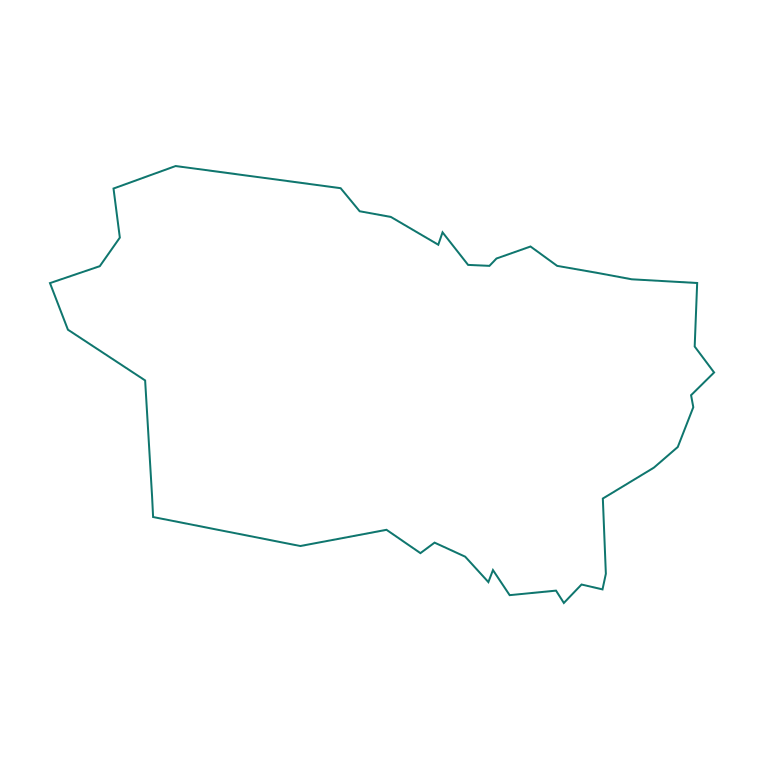 outline of Upshur, West Virginia, United States of America, rotated 88°
{"feature_id": "52423323B60686531636314", "entity_name": "Upshur", "entity_type": "district", "adm_level": 2, "iso_a3": "USA", "parent_name": "United States of America", "parent_adm1": "West Virginia", "projection": "natural_earth1", "projection_center": [-80.225, 38.899], "detail": "fine", "context": "isolated", "style": "outline", "palette": "teal", "viewbox_px": 768, "rotation_deg": 88, "n_neighbors": 0, "source": "geoboundaries", "source_scale": "gbopen_adm2", "svg_char_len": 687}
<svg xmlns="http://www.w3.org/2000/svg" viewBox="0 0 768 768"><g transform="rotate(88 384 384)"><path d="M318.7,698.0L372.1,622.6L488.3,619.7L508.9,619.4L543.0,473.3L529.8,386.6L554.3,353.5L544.3,339.0L559.4,308.9L585.6,286.6L573.8,281.6L599.4,265.8L596.5,219.3L609.1,211.9L591.3,193.6L596.9,172.8L581.4,168.9L506.1,169.3L477.0,117.2L457.2,92.6L418.0,75.7L405.9,77.5L384.0,53.7L357.4,72.2L294.0,67.5L288.0,132.8L280.7,165.6L272.0,206.8L251.7,232.8L262.5,267.2L269.6,274.5L267.9,295.8L234.5,320.2L246.7,324.9L217.3,371.3L210.5,402.3L186.8,420.5L170.8,514.6L158.9,584.7L179.2,647.5L228.5,642.9L256.3,663.9L271.5,714.3L318.7,698.0Z" fill="none" stroke="#0f766e" stroke-width="2"/></g></svg>